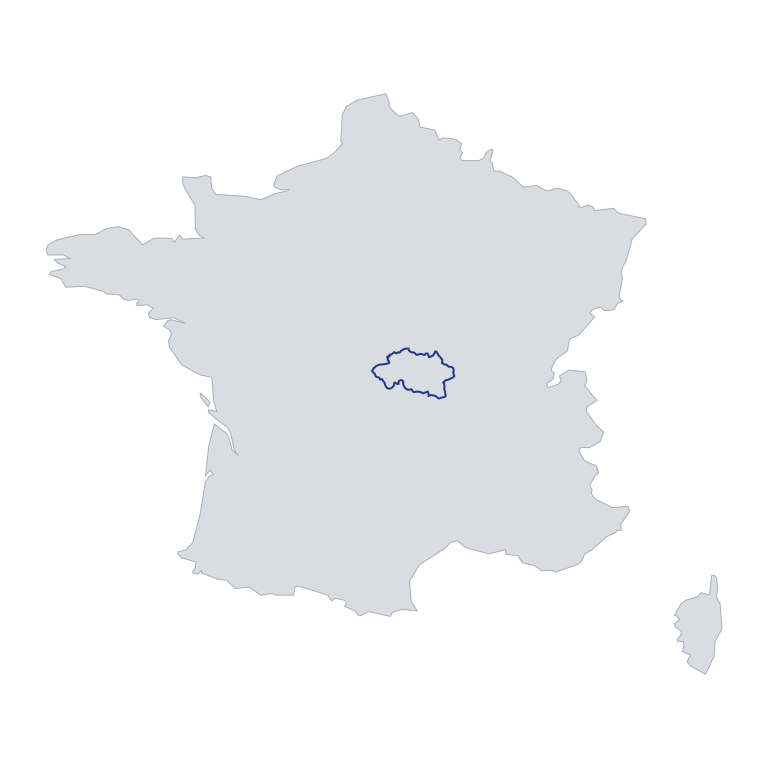 Allier highlighted on a map of France
{"feature_id": "FRA-5264", "entity_name": "Allier", "entity_type": "Metropolitan department", "adm_level": 1, "iso_a3": "FRA", "parent_name": "France", "parent_adm1": "", "projection": "natural_earth1", "projection_center": [3.256, 46.375], "detail": "fine", "context": "in_parent", "style": "outline", "palette": "blue", "viewbox_px": 768, "rotation_deg": 0, "n_neighbors": 0, "source": "natural_earth", "source_scale": "10m", "svg_char_len": 7409}
<svg xmlns="http://www.w3.org/2000/svg" viewBox="0 0 768 768"><path d="M623.1,300.9L617.5,303.6L614.1,309.1L610.5,310.4L604.0,310.4L600.8,307.0L593.0,309.2L589.8,312.7L594.6,317.0L579.2,334.6L569.4,339.3L567.4,350.8L555.8,359.4L551.5,368.5L551.2,370.3L554.2,373.3L553.0,379.2L547.1,383.1L547.2,386.9L548.9,387.4L557.9,384.4L561.3,380.9L559.5,376.1L568.5,370.2L584.9,371.6L586.9,379.5L584.9,386.1L596.9,400.4L586.8,407.1L586.2,411.5L596.9,425.9L603.6,431.9L600.2,441.5L589.1,447.8L582.0,447.3L579.0,448.9L579.4,451.9L584.4,460.7L596.6,466.3L598.5,473.0L595.2,475.4L589.7,485.4L592.2,490.3L591.3,492.5L592.6,495.9L595.8,499.3L612.7,507.8L627.8,506.2L629.8,511.1L620.7,524.3L621.4,530.2L616.7,530.3L615.9,532.3L606.6,536.7L591.7,550.0L584.7,553.9L581.9,560.7L577.8,564.4L556.1,572.1L552.0,570.4L541.5,570.6L534.8,565.7L522.1,562.7L517.9,555.6L506.1,554.3L505.4,549.6L488.8,553.9L465.5,547.5L457.3,540.7L450.5,542.5L444.5,548.6L419.4,564.8L409.4,581.6L411.3,601.2L417.1,610.9L401.7,609.4L392.6,612.2L390.2,616.4L368.5,611.5L360.5,615.6L358.3,615.3L355.5,611.2L344.8,606.5L346.5,603.3L345.0,600.4L335.1,598.1L331.5,600.9L327.8,595.2L299.8,586.3L295.3,586.4L293.4,595.2L275.3,595.0L272.8,593.4L261.1,595.3L248.8,587.0L235.0,588.6L226.7,580.1L218.5,579.5L207.0,575.2L201.8,572.9L201.2,570.4L197.7,574.2L193.4,573.3L192.5,572.2L195.3,567.5L196.0,562.0L181.6,557.9L177.9,554.0L177.9,551.9L185.7,550.0L192.8,542.4L200.0,514.9L205.3,482.4L209.0,476.3L213.5,474.6L209.9,470.1L205.5,476.0L208.7,446.3L214.2,424.0L226.1,433.1L228.8,437.1L232.2,450.3L238.9,455.9L234.5,450.5L230.5,432.9L227.8,427.9L208.9,413.1L208.3,409.7L216.7,411.5L213.5,400.4L211.9,377.3L200.4,375.0L182.0,365.2L169.6,347.5L168.3,340.9L171.8,333.9L169.0,329.5L163.6,326.5L167.9,320.5L171.7,319.9L185.0,323.3L174.2,317.7L156.5,319.6L149.5,317.6L148.4,313.4L153.3,308.1L147.4,304.8L137.3,305.6L136.1,304.2L139.2,300.3L136.7,298.9L128.4,300.4L123.7,299.2L119.4,294.8L106.1,293.8L103.2,291.3L85.0,286.3L65.8,287.2L60.7,278.5L49.1,274.3L51.5,271.5L63.3,269.0L65.7,266.5L57.3,263.0L54.4,259.4L70.0,258.6L63.1,254.8L47.9,255.1L46.1,249.9L48.2,244.6L57.2,239.8L79.3,234.6L95.3,234.5L106.8,228.4L118.0,226.7L128.5,229.7L142.6,244.8L154.2,238.1L171.2,238.3L174.6,242.1L179.4,235.2L183.0,239.2L203.9,237.9L199.1,235.2L195.3,228.8L195.0,205.3L184.7,188.3L182.3,182.1L183.0,176.9L195.4,177.8L205.7,175.5L210.6,177.1L211.6,188.0L215.8,194.4L244.4,196.3L260.9,199.8L274.8,193.6L287.9,190.8L288.9,189.3L281.4,189.9L274.6,187.2L273.7,184.3L277.4,175.8L297.4,166.3L326.5,158.3L334.0,153.0L342.6,143.4L340.8,140.9L342.3,114.7L346.6,106.2L357.6,100.0L385.7,93.7L389.2,102.1L389.0,106.7L396.4,114.1L400.1,116.4L412.4,112.4L418.3,119.2L420.0,127.0L434.8,130.1L439.2,140.2L441.9,138.0L451.2,138.5L455.5,139.3L461.5,143.7L459.7,149.8L462.4,152.7L459.9,158.2L461.7,160.6L478.7,160.6L483.8,158.1L486.1,152.5L491.2,149.2L493.2,150.2L490.0,160.6L492.4,163.3L493.6,170.7L500.1,171.3L512.7,177.2L523.4,187.1L536.4,185.5L546.7,191.0L557.4,188.1L567.4,191.1L571.0,194.0L580.5,207.8L587.7,205.0L592.8,206.7L594.5,210.6L613.6,208.3L617.2,212.2L621.2,213.7L645.6,218.9L646.0,224.0L632.2,238.9L626.5,260.0L622.5,267.3L621.1,272.8L622.3,276.5L621.7,282.2L619.0,296.0L620.7,300.0L623.1,300.9ZM717.6,588.2L716.5,597.1L720.1,603.5L721.9,629.1L715.0,641.4L714.1,656.4L705.4,674.3L691.2,666.3L686.9,661.9L690.5,655.1L682.3,651.4L684.2,644.8L683.2,641.5L677.5,641.2L677.1,639.4L681.2,634.4L681.1,631.2L675.6,627.2L674.5,623.7L679.6,619.8L677.2,616.2L674.3,615.3L681.1,603.7L685.9,600.2L696.8,596.9L701.3,592.6L708.5,594.9L709.7,593.8L711.7,575.4L714.2,575.2L716.5,577.6L717.6,588.2ZM210.0,401.7L208.2,407.0L201.1,397.9L200.2,393.0L210.0,401.7Z" fill="#d9dde1" stroke="#a8b0b8" stroke-width="1"/><path d="M408.0,389.8L406.4,389.0L404.8,387.5L403.6,385.5L403.1,383.6L403.2,381.6L402.9,380.9L402.0,380.4L401.1,380.2L400.2,380.4L399.3,380.8L398.7,381.5L398.5,382.2L398.6,383.1L398.5,383.9L397.7,384.1L395.1,382.7L394.6,382.6L394.2,383.1L394.1,383.8L394.1,384.5L394.0,385.2L393.7,385.8L392.0,387.7L390.7,388.4L389.3,388.7L387.9,388.3L386.7,387.8L386.4,386.9L385.4,385.5L385.1,384.9L384.9,384.3L384.6,383.0L384.3,382.5L382.4,379.7L381.9,379.2L381.2,379.0L380.9,379.2L380.4,379.6L380.1,379.5L379.8,379.1L379.6,378.7L379.4,378.0L379.2,377.7L378.8,377.4L377.4,377.2L376.5,376.9L376.1,376.7L375.7,376.3L375.3,375.2L375.2,374.6L375.0,374.0L373.7,372.9L372.1,370.8L373.3,369.0L373.7,368.2L373.9,367.9L374.2,367.7L374.6,367.7L375.0,367.4L375.4,367.0L376.1,366.0L379.0,364.8L379.9,364.5L380.6,364.5L381.1,364.6L381.5,364.6L382.9,364.3L385.1,364.1L389.0,363.1L389.2,362.9L389.3,362.7L389.2,362.4L389.2,362.1L389.1,361.9L389.0,361.5L388.7,361.2L388.0,360.4L387.7,360.0L387.6,359.6L387.7,359.2L388.0,358.6L388.1,358.4L388.0,358.0L387.4,357.4L387.3,357.1L387.3,356.7L387.5,356.5L387.8,356.4L388.9,356.5L389.3,356.4L389.6,356.1L389.4,355.3L389.4,354.9L389.7,354.7L390.9,354.7L391.7,354.2L393.1,353.1L393.9,352.3L394.2,352.1L394.5,352.2L394.7,352.4L394.9,352.7L396.5,353.3L396.9,353.2L397.6,352.5L398.1,352.3L398.6,352.4L399.1,352.5L399.6,352.6L400.1,352.1L400.4,351.7L400.7,351.1L401.0,350.9L404.0,349.1L406.1,348.5L407.3,348.7L408.6,348.7L408.6,349.2L408.6,349.5L408.7,349.8L408.7,350.0L409.0,350.4L409.6,351.1L410.5,351.8L411.4,352.1L411.8,352.4L412.0,352.5L412.3,352.5L412.7,352.4L413.3,352.4L414.1,352.6L414.7,353.0L415.9,354.3L416.3,354.7L416.8,354.9L417.3,354.9L419.2,354.0L419.9,354.0L420.6,354.0L421.9,354.2L422.6,354.4L423.6,354.9L424.0,355.0L424.5,354.9L425.0,354.5L425.5,353.8L425.9,353.5L426.4,353.4L427.6,353.8L427.8,354.1L428.2,354.9L428.4,355.2L428.7,355.6L428.7,356.0L428.7,356.4L428.7,356.7L428.9,357.0L429.3,357.1L429.9,357.0L430.5,356.8L432.4,355.7L433.1,355.5L433.5,355.2L433.7,354.6L433.7,354.1L433.9,353.7L434.4,353.5L434.9,353.2L435.1,352.6L435.1,352.2L435.2,351.8L435.2,351.5L436.6,351.8L437.7,353.6L437.9,354.0L438.0,354.7L438.1,354.9L438.7,355.5L438.8,355.7L439.4,356.3L439.6,356.4L439.8,356.5L440.0,356.7L440.2,357.0L440.5,357.7L441.2,358.7L441.8,359.0L442.0,359.2L442.1,359.5L442.3,360.5L442.2,362.0L442.2,362.3L442.0,362.7L441.9,362.9L442.0,363.1L442.4,363.3L443.2,363.6L443.3,363.6L443.7,364.0L443.9,364.1L444.4,364.2L444.6,364.3L444.8,364.4L444.9,364.6L445.1,364.7L445.3,364.7L446.0,364.7L446.5,364.7L446.7,364.9L447.2,365.5L447.9,365.9L448.0,366.0L448.3,366.4L448.5,366.5L449.8,366.8L451.3,367.0L451.7,367.2L452.3,367.5L452.9,367.8L453.0,367.9L453.1,368.0L453.2,368.3L453.3,368.7L453.3,369.1L453.4,369.4L453.5,369.7L453.6,369.9L453.7,370.1L453.7,370.4L453.7,370.7L453.3,372.3L453.3,372.7L453.3,373.0L453.5,373.4L453.6,373.6L453.7,373.8L453.6,374.0L453.6,374.4L453.6,374.6L453.6,374.9L453.7,375.1L453.9,375.3L454.0,375.5L454.3,375.8L454.3,376.1L454.3,376.3L454.2,376.4L453.7,376.9L453.2,377.3L448.9,379.4L445.8,380.3L445.4,380.5L445.1,380.8L444.9,381.1L444.7,381.3L444.4,381.6L443.6,382.0L443.3,382.3L443.3,382.7L443.5,383.0L443.9,383.3L444.1,383.5L444.2,383.8L444.2,384.6L444.3,385.2L444.4,385.7L444.5,386.3L444.5,387.0L444.4,388.1L444.3,388.8L444.4,389.4L444.9,391.1L445.1,392.1L445.2,393.8L445.3,394.2L445.4,394.6L445.6,395.0L445.7,395.5L445.7,395.9L445.3,396.5L444.7,396.8L444.0,397.1L441.0,397.7L439.2,398.5L438.0,398.1L435.9,396.3L434.7,395.7L431.7,395.1L430.2,395.2L428.7,395.8L428.8,394.8L427.8,391.7L422.8,393.3L421.9,392.5L418.2,391.6L414.1,392.0L413.2,391.7L412.6,391.1L411.5,389.3L410.7,389.3L408.8,389.8L408.0,389.8Z" fill="none" stroke="#1e3a8a" stroke-width="2"/></svg>